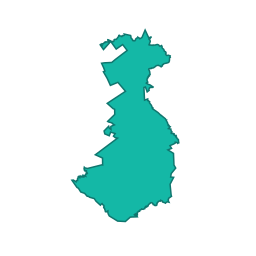 outline of Temósachic, Chihuahua, Mexico, rotated 325°
{"feature_id": "50627088B70211463313173", "entity_name": "Temósachic", "entity_type": "district", "adm_level": 2, "iso_a3": "MEX", "parent_name": "Mexico", "parent_adm1": "Chihuahua", "projection": "robinson", "projection_center": [-108.063, 28.777], "detail": "fine", "context": "isolated", "style": "filled", "palette": "teal", "viewbox_px": 256, "rotation_deg": 325, "n_neighbors": 0, "source": "geoboundaries", "source_scale": "gbopen_adm2", "svg_char_len": 5760}
<svg xmlns="http://www.w3.org/2000/svg" viewBox="0 0 256 256"><g transform="rotate(325 128 128)"><path d="M152.4,43.8L152.9,43.8L152.9,49.7L163.5,47.2L163.6,56.6L171.5,56.6L171.8,64.0L156.9,64.6L152.3,65.0L146.1,61.1L143.5,59.8L142.6,64.7L141.7,68.2L140.1,67.8L139.4,75.6L138.0,83.0L145.9,84.8L147.0,96.5L125.1,95.9L126.9,103.6L127.8,105.0L124.9,109.3L115.1,110.9L115.4,111.7L117.8,114.6L117.7,115.3L118.6,117.6L115.1,116.9L114.6,117.1L113.2,119.4L112.6,117.4L113.2,115.5L106.7,116.7L105.6,119.5L108.2,123.6L111.4,121.4L114.3,125.2L111.4,126.3L112.0,128.5L113.6,130.3L85.9,131.2L89.9,138.0L86.1,143.6L86.0,143.4L71.6,137.9L69.9,136.1L69.7,135.1L68.5,136.3L68.5,137.0L68.1,137.5L68.3,137.8L68.1,138.3L68.8,138.6L69.3,139.1L68.8,139.4L68.5,139.8L68.9,140.2L68.7,141.8L68.1,141.9L67.8,141.3L67.5,141.3L67.2,141.8L66.5,141.8L66.2,142.2L65.8,142.1L65.5,142.5L65.5,142.9L64.8,141.9L64.8,142.1L64.4,142.2L64.2,142.5L64.0,142.1L63.8,142.1L63.6,141.9L63.4,142.5L63.0,142.4L63.1,141.7L62.9,141.9L62.7,141.3L62.4,140.9L62.2,140.8L61.9,141.1L61.7,140.5L60.9,140.7L61.0,140.0L60.6,140.2L60.2,139.6L59.7,139.5L59.6,139.3L59.1,139.5L59.1,140.1L59.2,140.4L58.8,140.1L57.8,140.4L57.4,140.8L57.4,141.1L57.0,141.3L56.6,142.1L55.7,141.6L55.2,141.7L54.6,142.3L53.4,139.3L52.1,138.6L52.1,147.4L52.8,148.9L52.6,153.3L55.0,156.7L55.4,160.5L56.3,161.2L56.9,162.8L59.9,166.5L59.8,169.6L61.1,175.4L62.6,175.0L63.4,175.0L63.4,176.5L63.8,177.6L63.2,178.7L62.9,178.7L62.5,179.1L62.4,179.7L62.6,180.2L62.5,181.2L62.2,181.5L62.0,182.5L61.5,183.5L61.9,184.2L63.9,184.4L63.2,185.3L62.5,187.0L62.2,189.3L66.1,198.3L72.2,203.1L78.8,202.3L84.7,206.1L84.8,205.4L84.6,205.1L84.8,204.9L84.3,203.9L83.7,203.6L83.4,203.1L83.5,202.6L85.2,202.7L85.2,203.2L85.6,204.1L85.5,204.4L85.8,204.6L86.5,203.7L86.5,203.4L86.8,202.8L87.3,202.4L88.0,202.6L88.9,202.2L89.7,202.9L90.7,202.1L91.7,202.4L92.7,202.1L93.2,202.8L93.8,203.3L94.4,203.3L95.4,203.7L95.7,203.4L95.7,203.5L96.0,203.4L96.3,202.8L96.6,202.9L96.9,202.8L97.2,203.1L97.6,202.4L98.1,202.5L98.2,202.9L98.5,203.0L98.5,203.4L99.1,203.4L99.4,203.2L99.9,203.3L100.2,202.8L100.9,202.5L103.0,202.4L103.5,202.1L103.9,202.5L104.4,202.6L105.0,203.5L104.9,204.4L105.1,204.8L104.9,205.0L105.1,205.1L105.0,205.6L105.4,206.4L105.4,206.7L105.7,207.0L105.9,206.8L106.5,207.6L107.5,207.6L107.8,207.1L108.4,206.7L108.4,206.3L108.7,206.1L109.6,206.1L110.7,205.6L112.0,205.9L112.4,206.4L112.9,206.1L113.0,206.5L113.3,206.6L113.5,206.4L113.6,206.8L114.1,207.3L114.2,207.8L113.9,208.3L114.0,208.7L114.2,208.8L114.4,209.3L114.8,209.6L115.6,211.1L116.9,210.7L117.0,210.5L116.8,210.8L118.0,211.1L119.0,212.3L119.2,211.2L119.4,210.9L119.6,209.9L120.5,209.5L120.9,208.9L124.5,208.9L124.8,207.8L130.2,198.2L137.1,194.6L134.8,192.6L137.3,190.1L144.1,188.2L144.4,184.7L150.7,174.9L148.1,168.8L152.0,169.7L152.2,166.5L155.7,167.2L157.8,167.5L158.4,166.9L158.5,167.2L158.9,167.1L159.1,167.4L159.4,167.5L159.5,167.8L160.0,168.4L159.9,168.8L160.3,168.7L160.6,169.2L161.1,169.3L161.6,168.3L161.7,167.9L162.5,166.7L162.4,166.5L162.6,166.0L162.3,165.5L162.2,164.5L162.5,163.7L162.0,162.5L162.5,162.2L163.0,162.2L163.1,161.6L162.5,161.3L162.1,160.7L161.4,160.7L161.8,160.5L161.7,160.0L161.7,159.7L162.2,159.6L162.5,159.2L162.2,158.7L161.8,158.8L161.2,157.7L160.5,157.4L160.8,156.9L160.6,156.7L161.1,156.4L161.5,156.5L161.6,156.3L161.5,156.2L161.6,155.8L161.8,155.8L161.7,155.5L162.0,154.2L162.5,153.5L160.8,151.7L163.3,151.2L162.4,149.3L163.0,149.3L162.9,147.2L163.3,146.7L163.7,143.6L164.0,143.5L163.8,143.3L163.9,141.9L162.4,136.5L162.2,136.5L161.5,132.8L159.2,126.4L159.4,126.4L159.5,125.9L159.9,125.9L160.0,125.7L159.6,125.1L160.2,122.8L160.0,119.6L160.8,119.0L160.4,117.5L160.3,117.0L159.9,116.8L160.8,115.5L157.5,114.7L164.3,103.9L165.8,104.4L164.4,109.4L166.9,109.3L167.1,108.5L168.1,107.8L168.6,107.8L168.8,107.4L169.9,107.6L170.5,108.3L171.7,109.0L172.1,108.8L170.8,105.4L169.4,103.4L168.4,101.1L168.6,101.4L169.6,101.6L169.7,101.9L170.0,101.7L170.5,101.8L171.0,99.6L171.7,98.9L172.3,98.8L172.6,98.5L172.3,98.5L172.6,98.2L172.9,98.3L173.7,98.0L173.7,97.7L174.5,97.7L174.5,97.4L175.3,97.5L175.4,96.8L176.7,97.0L178.2,94.0L178.6,91.7L178.9,91.5L180.4,91.9L180.5,92.3L181.0,92.6L181.5,92.6L181.7,92.4L182.5,93.0L183.3,93.1L183.5,93.4L185.2,93.3L185.5,93.4L186.1,93.2L187.6,93.4L189.0,94.2L189.2,94.8L189.9,95.7L190.2,96.9L191.8,96.8L192.0,96.3L192.6,95.9L193.3,96.2L194.0,95.9L195.8,96.5L196.6,96.9L197.3,97.0L197.6,97.3L199.0,97.6L200.4,96.8L202.3,94.4L202.7,94.2L203.0,94.3L203.0,94.1L203.9,93.2L203.6,93.0L203.5,92.5L202.8,91.5L201.4,90.9L201.2,90.5L201.2,89.1L201.4,88.7L202.2,88.5L202.5,87.4L202.4,86.8L201.8,86.1L202.4,84.1L201.9,82.3L202.1,81.5L202.6,80.9L202.8,79.7L201.1,79.4L200.8,78.9L200.8,78.0L200.7,77.5L200.2,76.6L198.9,75.9L197.8,75.7L196.4,74.6L196.1,74.7L195.8,74.7L195.4,73.9L194.5,73.6L194.3,73.2L193.5,72.7L192.9,72.0L193.1,71.7L193.8,71.7L194.2,70.9L195.7,70.1L196.4,68.7L196.1,67.5L196.2,67.2L196.8,67.2L197.1,67.4L199.6,66.7L196.7,66.1L198.2,57.6L191.3,61.9L188.9,61.7L188.9,61.0L188.3,59.6L188.2,59.9L186.7,59.3L185.0,59.6L184.6,60.2L183.6,60.5L182.3,59.5L182.0,59.0L182.2,58.3L182.5,58.1L182.2,57.4L182.4,56.8L182.1,55.8L183.0,54.5L183.2,53.7L178.8,48.9L178.6,49.7L177.8,49.9L177.1,49.6L176.9,49.3L175.4,49.6L175.3,49.3L175.5,49.0L174.3,48.2L174.1,47.6L174.2,47.2L173.5,46.9L172.8,47.6L169.4,48.7L168.0,47.8L167.1,47.8L166.8,48.3L165.8,48.9L165.0,48.5L164.7,47.8L164.3,47.7L163.8,47.3L163.7,46.5L162.7,45.0L162.5,44.5L162.1,44.1L161.8,44.4L162.1,45.0L162.0,46.1L161.8,46.3L161.6,46.8L161.4,46.9L161.3,46.2L159.8,45.1L159.5,45.1L158.8,44.4L158.3,44.5L158.7,45.3L157.8,44.4L156.0,44.8L155.7,44.7L155.1,44.0L154.5,44.1L154.2,44.4L154.1,45.2L154.2,46.4L153.7,45.3L153.6,44.2L153.4,43.7L152.4,43.8Z" fill="#14b8a6" stroke="#0f766e" stroke-width="1.5"/></g></svg>